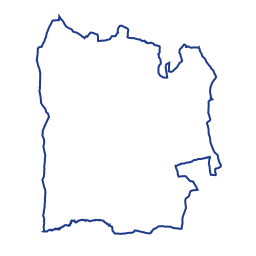 Nzega, Tabora, United Republic of Tanzania (Mercator projection), rotated 183°
{"feature_id": "72390352B4567455644907", "entity_name": "Nzega", "entity_type": "district", "adm_level": 2, "iso_a3": "TZA", "parent_name": "United Republic of Tanzania", "parent_adm1": "Tabora", "projection": "mercator", "projection_center": [33.009, -4.4], "detail": "fine", "context": "isolated", "style": "outline", "palette": "blue", "viewbox_px": 256, "rotation_deg": 183, "n_neighbors": 0, "source": "geoboundaries", "source_scale": "gbopen_adm2", "svg_char_len": 5720}
<svg xmlns="http://www.w3.org/2000/svg" viewBox="0 0 256 256"><g transform="rotate(183 128 128)"><path d="M42.9,85.6L38.0,85.5L37.9,87.2L38.7,88.5L38.7,91.5L38.3,92.1L36.1,92.6L35.1,93.0L34.5,93.7L33.6,94.0L33.2,95.6L34.9,98.4L35.7,100.6L36.4,102.4L36.9,105.1L37.2,105.8L39.9,107.9L40.9,109.1L44.8,117.5L45.6,122.4L47.2,126.9L47.5,131.0L48.5,134.7L49.5,136.8L49.1,137.7L48.4,138.5L47.0,139.3L46.2,140.6L48.1,146.3L48.6,146.9L48.6,154.9L48.9,158.7L47.7,160.0L45.3,161.1L47.1,162.5L46.7,163.5L47.5,166.2L48.0,168.6L47.8,172.7L46.5,177.1L44.8,180.1L43.1,182.3L42.8,184.3L44.3,186.5L45.5,189.4L48.0,191.9L48.7,193.2L50.6,195.1L53.5,198.6L54.2,200.4L55.5,202.0L57.2,203.1L58.9,206.7L60.1,208.4L60.5,210.3L61.5,211.6L61.5,212.2L61.9,211.9L64.0,212.0L67.2,211.8L68.3,211.5L69.5,211.5L72.5,212.7L73.2,212.1L74.3,211.9L74.7,213.6L76.2,214.4L76.5,214.2L78.8,210.8L79.7,210.1L80.2,209.4L80.7,207.3L80.7,206.1L79.4,204.0L79.4,203.2L77.4,198.0L78.3,196.8L80.1,195.4L82.2,191.3L86.5,186.9L88.0,186.3L90.2,186.7L90.2,195.3L92.9,193.7L93.5,192.5L93.5,189.6L93.0,188.3L92.9,187.0L92.1,183.9L91.5,180.4L94.7,180.2L95.9,180.6L98.6,181.9L100.3,184.5L100.6,185.2L100.5,186.9L100.8,188.5L100.4,191.4L99.8,192.6L98.9,193.3L98.6,194.7L99.2,197.9L99.5,198.6L100.8,200.2L101.2,202.9L101.6,203.3L100.7,204.4L100.3,205.5L100.5,206.2L100.5,210.2L100.6,210.9L100.9,211.4L101.9,211.4L103.6,212.1L105.5,212.0L106.1,212.3L106.4,213.1L106.8,213.5L108.4,214.0L109.0,214.4L110.7,214.2L111.7,213.7L113.5,214.0L113.6,214.3L114.3,214.3L115.2,214.7L115.6,215.3L115.3,215.5L116.2,216.1L117.8,215.6L118.4,215.6L119.2,216.0L120.6,217.1L121.9,216.9L127.4,218.1L129.0,217.9L132.0,218.1L133.2,218.6L133.4,219.1L133.0,220.7L133.2,222.5L132.9,226.0L133.2,226.8L134.4,227.7L135.8,228.1L139.0,229.7L139.8,229.7L140.2,229.9L141.6,229.5L142.8,227.5L143.3,225.7L143.4,224.4L143.0,222.8L143.4,222.8L145.3,219.0L148.9,218.9L150.7,215.8L152.4,215.2L156.3,214.0L158.6,213.9L162.1,213.2L162.5,213.5L162.8,218.0L163.4,219.8L163.7,219.9L164.5,219.9L168.0,221.2L170.2,221.4L171.0,220.6L173.5,217.1L174.1,217.5L174.5,217.5L176.2,215.4L176.9,216.1L178.5,216.9L179.2,217.7L183.8,220.4L188.0,221.4L188.9,223.0L189.5,223.6L192.5,224.7L194.9,226.0L196.6,228.0L197.7,230.1L198.6,231.3L199.4,232.3L200.4,232.9L202.5,235.8L202.6,233.0L202.8,231.9L204.2,232.0L209.0,231.3L210.4,227.8L212.3,224.0L213.0,221.4L214.1,218.7L214.7,214.3L214.8,214.3L215.5,212.8L215.9,210.6L217.2,208.0L218.5,204.5L219.7,204.5L220.5,204.0L221.5,203.8L222.2,202.4L222.1,196.8L222.4,194.5L222.4,191.4L222.8,190.9L222.3,190.3L221.0,185.4L219.9,183.4L218.5,178.3L218.1,165.6L218.1,163.8L218.3,163.7L218.0,162.5L218.4,160.8L218.3,159.7L218.0,159.0L216.7,153.3L216.7,152.5L216.2,149.8L216.3,149.1L216.0,148.2L214.2,145.7L212.0,143.3L211.3,142.2L210.8,140.5L210.2,139.3L208.9,138.4L208.5,137.9L207.5,135.0L207.5,134.6L207.9,134.1L211.7,124.6L213.1,120.2L212.8,118.3L213.1,117.5L213.1,116.8L212.8,115.4L211.2,112.0L211.3,111.2L211.0,110.6L211.0,107.6L211.5,105.6L211.5,104.8L209.2,96.4L209.2,94.9L209.5,93.5L209.3,92.3L209.3,88.9L209.6,86.8L209.6,83.8L209.3,82.9L209.5,80.4L209.2,78.5L209.5,77.5L209.4,76.1L209.5,75.0L210.8,71.7L209.2,66.7L208.9,65.2L207.7,62.6L207.0,59.4L207.3,57.9L207.1,56.2L207.3,52.9L207.0,50.8L207.3,48.0L207.1,45.8L207.2,45.7L207.2,43.7L207.7,41.1L207.6,38.8L208.0,37.9L208.1,35.8L207.1,33.6L206.8,32.1L207.1,30.5L206.6,28.5L207.1,25.1L206.8,22.9L206.3,21.2L206.5,20.5L206.8,20.3L205.7,20.2L204.8,20.4L203.9,20.3L203.6,20.4L203.0,21.1L201.8,21.6L201.2,22.2L200.4,22.4L199.7,22.0L199.2,22.0L199.0,21.6L198.4,21.8L198.2,22.4L197.5,22.2L196.8,22.7L196.2,22.8L195.7,23.5L195.3,23.5L194.8,23.2L194.6,23.6L194.1,23.3L193.1,23.8L192.6,23.1L192.1,23.1L192.3,23.4L191.9,23.7L191.7,23.9L191.5,23.7L191.2,24.0L191.0,23.8L190.3,24.0L190.2,24.2L190.4,24.8L189.5,25.3L188.6,25.5L187.6,26.3L187.2,26.3L187.0,26.5L187.1,26.8L186.2,27.5L185.3,27.8L184.6,27.8L182.7,27.2L182.2,27.3L182.0,27.9L181.3,27.6L180.9,27.7L180.6,28.7L180.8,29.2L180.6,29.8L179.9,30.0L179.7,30.9L180.0,31.3L179.8,31.4L179.7,32.4L179.3,32.7L178.7,32.4L178.4,32.6L177.9,32.4L177.3,32.7L176.8,32.4L176.5,32.6L176.0,31.4L175.1,31.4L175.0,31.0L174.7,31.0L174.1,31.4L173.0,32.7L172.5,33.0L171.7,32.9L171.3,33.3L169.9,33.6L169.3,34.0L168.7,33.7L168.0,33.9L167.6,33.7L166.4,33.9L166.3,33.5L165.6,33.2L165.5,33.5L165.2,33.3L164.7,33.7L163.3,33.8L161.7,32.9L161.1,32.9L159.1,33.5L158.6,33.8L157.0,34.0L156.5,34.4L155.8,34.1L155.3,34.5L154.6,34.6L152.0,34.3L151.5,34.7L151.2,34.7L150.4,34.4L147.9,34.2L147.5,34.0L146.4,32.6L145.1,32.2L144.4,31.3L144.0,31.5L142.9,30.7L142.4,30.7L141.8,30.1L141.6,30.2L141.8,29.6L141.4,29.7L140.4,29.1L139.6,28.9L139.4,28.6L138.8,28.5L138.2,26.8L138.4,26.2L138.2,25.2L137.7,24.0L136.7,23.3L135.6,21.9L133.1,22.1L132.4,21.9L128.5,22.0L127.2,22.4L125.7,22.4L122.3,23.3L118.5,23.6L116.5,24.7L116.0,26.0L112.8,25.8L110.1,25.1L107.5,24.8L106.0,24.4L102.2,23.9L100.5,23.9L99.2,24.9L99.2,26.0L98.4,26.5L97.4,28.1L95.5,29.2L95.0,29.2L92.6,31.3L90.4,31.6L88.2,31.8L85.6,31.4L84.0,31.6L80.9,31.6L79.8,31.5L77.5,30.4L74.8,30.4L71.6,30.1L69.2,30.2L68.9,34.0L68.5,35.1L68.9,39.2L68.7,42.1L65.9,51.0L67.0,57.4L67.0,58.9L66.6,60.6L63.7,62.9L63.4,63.9L62.6,67.5L62.0,68.4L59.7,69.2L55.3,69.9L57.2,73.4L59.1,76.1L60.1,77.9L60.7,77.8L62.2,78.3L62.8,78.1L63.2,78.3L64.5,79.4L67.9,82.9L71.0,82.7L74.9,82.1L75.9,84.4L76.1,86.7L78.1,91.0L78.5,92.8L77.3,92.9L76.5,93.2L74.6,94.5L73.7,94.4L73.3,95.0L72.8,95.2L69.5,95.6L67.8,96.5L65.4,96.8L62.3,97.9L60.8,99.3L58.2,99.7L56.3,100.7L53.7,100.8L53.1,101.1L52.5,101.1L51.4,101.4L50.9,101.8L49.6,101.8L48.8,102.1L48.3,102.7L47.5,102.5L47.0,102.9L45.9,103.0L44.9,103.5L44.5,103.3L44.5,102.6L45.1,101.2L45.4,96.1L44.6,94.3L43.8,88.8L42.9,85.6Z" fill="none" stroke="#1e3a8a" stroke-width="2"/></g></svg>